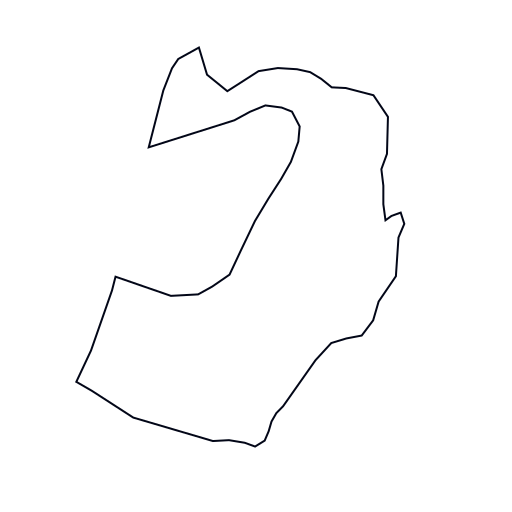 SVG path tracing the border of Bujumbura Rural, rotated 18°
{"feature_id": "BDI-4854", "entity_name": "Bujumbura Rural", "entity_type": "Province", "adm_level": 1, "iso_a3": "BDI", "parent_name": "Burundi", "parent_adm1": "", "projection": "natural_earth1", "projection_center": [29.411, -3.493], "detail": "fine", "context": "isolated", "style": "outline", "palette": "ink", "viewbox_px": 512, "rotation_deg": 18, "n_neighbors": 0, "source": "natural_earth", "source_scale": "10m", "svg_char_len": 933}
<svg xmlns="http://www.w3.org/2000/svg" viewBox="0 0 512 512"><g transform="rotate(18 256 256)"><path d="M120.4,185.8L116.7,127.2L118.1,103.4L121.2,92.6L137.3,75.4L153.4,98.7L177.8,108.1L201.3,79.4L218.7,70.5L237.3,65.7L250.7,64.4L263.3,67.4L275.9,72.2L289.5,68.5L318.0,66.8L338.5,82.9L349.0,118.4L348.4,134.7L355.4,149.8L361.1,167.4L368.1,182.0L372.5,176.0L380.2,170.0L387.1,179.6L385.8,194.4L395.3,232.0L386.7,261.4L387.3,281.0L381.1,299.0L367.4,306.5L354.5,315.5L344.8,336.7L328.2,390.5L323.9,399.1L321.9,408.6L322.2,418.8L321.3,428.9L314.0,437.5L303.0,437.1L287.2,439.5L272.2,445.3L189.2,447.6L141.4,434.9L124.0,431.2L128.3,396.9L129.7,333.3L128.8,319.1L187.4,320.2L212.8,310.4L223.8,298.6L236.6,281.9L239.9,255.4L244.2,223.0L250.1,197.5L256.1,174.9L260.1,155.7L260.9,134.1L257.5,119.3L245.6,107.6L234.5,106.9L218.4,109.9L205.7,120.7L193.5,133.6L158.9,158.3L120.4,185.8Z" fill="none" stroke="#020617" stroke-width="2"/></g></svg>